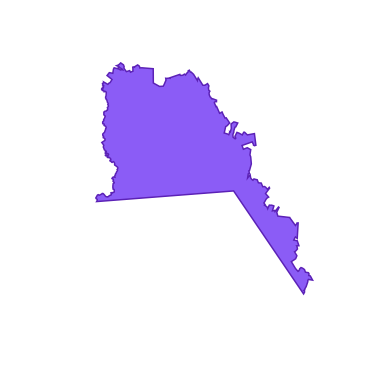 the district of La Trinitaria, Chiapas, Mexico, rotated 56°
{"feature_id": "50627088B54619766562201", "entity_name": "La Trinitaria", "entity_type": "district", "adm_level": 2, "iso_a3": "MEX", "parent_name": "Mexico", "parent_adm1": "Chiapas", "projection": "orthographic", "projection_center": [-91.937, 15.979], "detail": "fine", "context": "isolated", "style": "filled", "palette": "violet", "viewbox_px": 384, "rotation_deg": 56, "n_neighbors": 0, "source": "geoboundaries", "source_scale": "gbopen_adm2", "svg_char_len": 5886}
<svg xmlns="http://www.w3.org/2000/svg" viewBox="0 0 384 384"><g transform="rotate(56 192 192)"><path d="M291.3,132.0L288.8,134.5L287.3,132.0L287.1,131.4L289.3,130.7L277.0,121.3L276.4,122.3L276.8,122.7L277.6,125.0L268.8,125.3L267.8,125.2L260.0,134.3L256.2,133.1L253.5,128.5L252.8,128.7L254.6,134.1L253.5,133.8L252.6,135.9L249.4,131.9L248.7,132.3L247.3,133.5L246.8,134.4L246.1,135.2L247.4,137.5L248.2,138.6L246.3,138.2L243.5,139.2L243.6,138.5L241.3,138.5L240.3,136.3L239.6,135.1L239.2,133.9L239.0,133.2L239.1,131.3L234.4,131.9L232.2,125.5L231.3,125.4L232.0,127.9L229.2,128.3L228.0,128.8L227.2,130.4L223.3,129.6L221.5,131.8L218.3,131.1L216.7,132.6L215.8,133.3L216.3,134.9L215.2,135.3L214.1,135.5L212.9,135.4L211.9,134.9L210.3,134.2L211.5,138.1L208.4,135.2L208.8,134.1L206.3,133.0L206.4,132.4L201.9,127.1L196.3,124.0L195.5,123.6L193.6,123.2L189.7,119.6L186.2,121.4L185.3,125.5L181.4,124.5L184.1,114.1L187.1,114.5L187.5,114.8L188.5,114.4L189.0,112.9L178.5,107.6L175.6,114.2L171.8,115.0L171.4,115.7L172.8,118.4L169.5,120.1L167.7,121.4L169.9,125.3L170.7,125.3L171.9,125.7L172.1,126.1L172.0,126.5L169.6,127.3L167.5,126.2L166.7,125.2L166.0,124.1L164.6,123.0L162.3,120.2L162.5,119.3L160.4,115.5L158.6,116.9L157.3,118.1L157.5,121.6L161.3,123.9L163.4,126.4L163.2,126.6L163.3,126.6L163.6,126.8L163.5,127.1L163.3,127.2L163.4,127.4L163.8,127.3L164.2,128.4L164.0,128.5L164.3,128.5L164.7,128.9L164.6,129.2L164.9,129.5L164.3,129.7L161.1,132.3L156.6,127.5L156.7,125.7L155.8,122.2L149.6,122.2L149.2,123.3L144.8,122.8L142.5,122.3L142.3,123.2L142.5,123.6L142.2,125.1L134.9,123.8L134.8,124.4L130.5,123.6L130.1,123.1L130.1,122.9L130.3,121.8L130.8,121.2L129.6,120.3L126.3,122.7L126.1,123.3L125.7,123.2L125.3,123.6L124.0,123.5L123.6,123.8L121.2,123.4L120.0,122.8L119.5,122.5L119.0,121.9L118.4,120.8L117.0,121.2L114.7,120.1L114.4,119.6L113.6,118.8L113.3,118.6L110.8,118.5L110.7,121.6L109.6,123.3L100.8,123.0L102.0,124.8L102.5,125.2L95.3,124.9L92.2,125.6L92.2,125.8L91.9,126.1L91.2,126.3L89.6,126.1L89.6,126.4L89.3,127.2L90.0,127.9L90.4,128.5L90.5,129.1L90.6,130.1L91.4,131.9L90.0,132.4L90.1,133.6L89.9,134.6L89.4,135.6L88.8,136.5L87.7,136.3L84.9,146.6L85.3,146.7L84.8,147.2L83.7,149.4L83.0,150.2L84.7,151.0L87.3,155.0L88.2,156.7L86.3,159.9L80.0,163.1L68.1,155.2L61.0,164.1L59.9,165.9L58.8,165.4L58.2,165.3L57.7,165.4L56.9,165.9L56.3,165.9L56.1,167.6L56.2,168.5L56.0,169.6L56.4,169.9L55.3,170.9L55.6,171.5L56.5,171.9L58.8,173.4L58.3,176.0L56.5,175.8L55.5,179.1L51.6,179.2L51.0,179.0L50.2,178.2L48.3,177.7L45.1,178.9L45.5,181.0L45.5,182.3L45.1,183.8L47.2,182.5L47.5,182.9L47.3,183.2L47.8,183.8L48.4,182.4L51.2,181.1L52.0,181.1L51.2,181.9L50.9,183.0L49.0,184.0L45.5,187.1L46.2,188.4L49.3,191.3L46.8,193.8L47.9,197.3L54.0,195.4L55.5,198.7L55.3,200.1L55.7,201.6L51.4,203.7L51.7,203.8L52.0,203.7L52.1,203.9L51.9,205.2L52.1,205.7L53.3,205.9L53.6,206.1L54.3,205.7L54.4,205.8L54.3,206.6L55.1,206.4L55.5,206.6L55.7,207.0L55.6,207.9L55.8,208.0L56.2,207.8L56.4,208.0L56.5,208.7L56.4,208.7L55.9,208.3L55.7,208.6L55.9,209.1L56.2,209.1L56.1,209.3L56.3,209.5L57.1,209.2L57.2,209.3L57.2,209.5L57.5,209.6L57.9,209.4L58.0,208.8L59.5,208.7L59.4,208.3L59.6,208.1L59.8,208.5L60.4,207.6L60.9,207.3L61.4,207.3L63.5,208.9L64.2,209.5L64.9,210.5L65.8,211.1L66.7,211.0L67.3,211.4L68.0,211.1L70.5,212.0L70.8,211.9L72.0,212.1L72.5,213.0L73.3,212.9L74.1,213.3L74.4,213.7L74.6,214.9L76.0,215.4L76.7,216.2L76.8,216.7L76.6,217.1L76.9,217.8L76.8,218.1L76.3,219.1L76.5,220.5L77.0,220.6L77.5,221.1L78.7,221.9L78.9,221.8L79.5,221.8L80.6,221.5L81.0,222.0L81.2,222.4L81.7,222.9L82.6,224.8L83.5,225.2L83.9,226.8L85.0,227.6L85.7,227.7L86.2,227.1L86.6,226.9L87.0,227.0L87.4,227.6L87.7,227.6L87.9,227.6L89.3,226.8L90.8,227.2L91.0,227.7L91.1,228.1L91.8,228.7L92.9,230.3L93.5,231.0L93.9,233.1L94.0,233.5L94.3,233.8L95.5,234.4L95.8,234.4L96.1,234.1L96.5,234.2L97.0,235.0L97.5,235.2L98.1,234.7L99.2,234.4L99.8,234.7L100.1,235.2L100.5,235.4L100.5,239.1L103.9,239.0L105.1,240.4L107.2,240.8L107.9,241.1L108.9,240.7L109.6,241.0L110.3,240.3L110.5,240.4L111.0,240.9L110.8,241.2L110.8,241.7L111.3,242.2L111.8,242.4L112.1,241.4L112.9,240.4L113.5,240.1L114.1,240.1L114.6,240.8L114.7,241.0L113.4,242.3L113.3,243.3L113.7,243.3L115.1,242.1L116.0,242.8L116.6,242.3L116.3,241.8L117.5,241.2L118.5,240.9L119.1,240.9L119.9,241.3L119.8,242.0L120.2,242.6L120.4,242.6L121.5,242.0L122.2,242.0L122.8,241.7L122.8,240.3L123.2,240.0L124.5,240.0L125.2,240.2L125.6,240.6L126.3,241.0L126.6,241.0L127.3,240.6L128.8,240.2L129.8,239.8L130.6,240.0L131.2,240.7L131.5,241.5L132.0,241.4L132.5,241.7L133.3,243.6L133.8,244.1L134.3,245.5L134.6,245.6L135.1,246.0L135.1,246.6L135.5,246.9L136.2,247.6L136.6,247.7L135.6,248.7L135.5,249.0L135.7,250.1L136.0,250.8L136.6,250.7L137.2,250.3L137.4,250.1L138.3,250.5L138.7,251.3L139.0,251.5L139.6,251.4L140.6,251.1L140.9,251.4L141.0,251.7L141.0,252.7L142.6,254.1L144.2,255.2L144.6,255.4L144.8,255.3L145.6,255.8L146.1,255.3L146.5,255.2L148.0,256.1L148.5,256.5L148.3,257.8L148.3,258.2L147.8,258.5L148.0,258.9L147.5,259.4L147.4,259.7L147.9,259.8L148.4,259.7L148.5,260.0L149.1,260.5L149.0,260.9L149.2,261.3L148.9,262.0L148.8,262.6L149.0,263.7L149.0,264.2L148.9,264.7L148.6,264.8L148.2,265.5L147.3,266.1L145.4,266.2L143.7,266.5L143.6,266.8L143.0,267.2L143.1,267.8L143.1,269.1L142.9,269.6L142.9,270.5L142.7,270.8L141.8,271.2L141.7,271.8L141.7,272.2L143.1,275.0L143.8,275.2L144.7,274.8L145.3,274.8L146.2,275.6L146.6,276.4L214.4,156.9L338.9,156.5L337.9,154.6L336.7,154.0L336.1,154.3L336.1,153.1L335.4,152.6L334.3,150.3L331.1,146.1L330.3,145.7L329.6,144.4L332.5,141.3L328.2,140.9L327.3,141.0L326.5,141.9L325.2,140.7L324.0,140.6L321.9,142.8L319.2,142.1L317.0,142.9L315.6,143.9L315.8,145.1L315.8,145.5L316.6,146.5L316.9,147.6L317.1,147.7L317.1,148.5L313.2,149.0L305.3,148.6L305.3,143.4L303.5,140.7L298.9,140.4L299.0,139.7L298.9,139.1L298.7,138.1L298.2,136.4L295.5,135.3L295.2,135.3L296.3,133.4L291.3,132.0Z" fill="#8b5cf6" stroke="#5b21b6" stroke-width="1.5"/></g></svg>